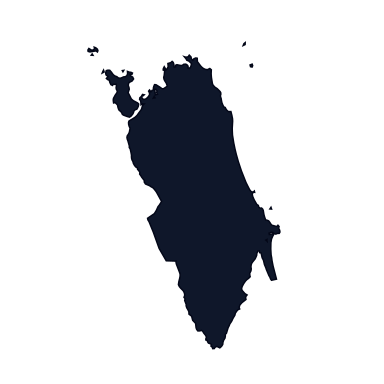 outline of Rio de Janeiro, Rio de Janeiro, Brazil, rotated 261°
{"feature_id": "56859067B69544192053781", "entity_name": "Rio de Janeiro", "entity_type": "district", "adm_level": 2, "iso_a3": "BRA", "parent_name": "Brazil", "parent_adm1": "Rio de Janeiro", "projection": "albers", "projection_center": [-43.389, -22.912], "detail": "fine", "context": "isolated", "style": "filled", "palette": "ink", "viewbox_px": 384, "rotation_deg": 261, "n_neighbors": 0, "source": "geoboundaries", "source_scale": "gbopen_adm2", "svg_char_len": 6091}
<svg xmlns="http://www.w3.org/2000/svg" viewBox="0 0 384 384"><g transform="rotate(261 192 192)"><path d="M245.7,137.0L244.2,137.7L241.0,137.9L237.9,138.0L236.2,137.7L234.6,137.6L233.0,137.8L231.4,138.4L229.4,138.6L227.2,139.4L225.5,140.4L224.6,141.7L222.9,141.8L221.3,142.8L219.6,143.6L217.9,143.1L216.1,144.0L214.2,144.8L210.8,146.7L209.3,146.4L207.2,147.3L204.9,151.0L203.5,152.5L202.5,153.9L200.8,155.1L198.1,156.6L196.6,157.2L187.4,160.5L184.0,157.5L182.9,156.2L179.4,153.9L176.5,151.4L173.0,144.0L171.3,144.1L169.5,144.9L158.5,147.5L141.4,150.7L128.1,155.8L126.7,163.2L126.2,165.5L124.9,165.2L123.2,165.3L114.7,167.1L112.9,167.4L110.8,167.1L108.6,166.3L105.8,165.1L104.3,164.6L102.6,164.1L100.6,164.7L98.9,165.7L96.0,167.8L94.5,168.4L93.0,168.7L91.2,168.7L89.2,167.6L87.7,168.5L86.0,167.8L81.8,168.7L80.5,168.4L78.5,168.7L76.5,169.5L74.3,170.2L71.8,169.9L69.4,172.2L65.2,172.6L61.7,175.0L57.3,174.8L55.6,175.1L53.9,176.0L53.6,177.7L53.8,179.8L52.8,180.8L50.9,181.5L48.5,182.9L46.5,183.6L45.0,182.8L43.7,182.5L43.0,183.8L41.6,184.0L40.2,184.6L39.2,186.4L38.2,187.4L36.9,186.6L35.8,187.6L34.0,188.0L33.9,189.6L35.0,190.4L35.6,192.4L33.7,195.1L34.9,197.0L36.6,198.5L38.8,199.1L40.7,200.1L42.5,201.7L44.5,202.4L46.1,202.6L47.1,203.9L51.0,205.8L52.4,206.5L54.0,207.7L55.9,208.8L57.2,210.1L58.5,211.2L60.5,212.5L62.0,213.7L63.5,215.0L65.6,215.9L67.5,217.7L68.5,218.9L69.0,220.8L70.7,220.5L72.9,221.6L74.9,224.0L77.4,228.5L79.0,228.4L80.3,228.8L81.7,230.3L83.3,228.4L87.1,226.0L88.9,225.9L90.7,226.7L91.8,227.5L93.4,228.7L95.7,230.9L96.9,232.5L97.8,234.3L99.2,236.2L100.8,236.1L102.7,236.3L104.9,237.9L106.8,238.5L108.8,238.5L110.6,239.0L112.1,239.7L113.5,241.0L116.1,243.9L117.9,245.1L119.4,246.0L121.1,246.4L123.4,247.7L123.4,249.2L121.5,249.3L121.0,250.7L116.0,251.0L113.8,251.8L112.2,252.0L109.1,252.2L105.4,253.1L103.9,253.3L101.5,253.9L97.4,254.9L95.7,255.6L93.8,256.0L92.4,256.7L92.7,261.8L106.2,260.5L111.7,260.3L114.6,260.4L117.6,260.3L123.4,260.9L129.6,262.0L133.2,263.2L135.7,264.8L138.1,266.7L137.3,268.2L137.7,269.6L137.5,271.7L138.7,272.6L140.6,272.6L142.6,271.9L144.3,272.6L145.7,271.7L144.7,270.7L145.1,269.2L146.9,265.4L150.0,264.0L151.5,263.2L152.3,261.9L152.9,260.4L154.8,260.0L156.8,259.7L158.7,259.5L162.7,259.5L164.1,259.1L165.3,258.2L165.3,256.8L166.6,255.6L168.4,255.4L169.5,254.1L173.1,252.7L174.8,252.1L177.9,251.3L180.2,251.1L182.3,252.4L183.1,250.5L185.2,249.3L189.5,247.9L193.0,246.8L205.1,244.1L214.8,242.5L222.5,241.6L227.6,241.2L233.9,240.9L241.9,240.9L245.5,241.3L248.6,241.7L255.5,243.2L257.1,243.4L258.5,243.5L259.9,243.4L261.2,243.4L265.4,243.0L265.7,240.6L267.1,239.3L268.7,238.5L270.3,238.0L271.0,236.8L272.9,236.1L275.6,235.5L277.9,235.4L279.9,235.4L281.5,235.1L282.8,235.2L284.1,235.8L285.7,235.9L286.9,235.4L290.1,233.1L292.1,230.9L294.5,229.4L296.1,229.1L302.1,229.1L305.8,229.4L309.7,230.2L311.2,228.9L310.4,226.3L311.2,224.0L312.5,222.3L314.0,221.0L315.4,220.1L320.0,217.7L323.3,218.1L323.8,216.7L323.3,214.7L321.9,213.3L323.5,212.3L325.7,212.1L327.6,210.7L326.1,209.3L326.1,207.0L326.8,205.6L324.6,206.9L322.9,207.5L321.9,209.3L320.1,210.7L318.9,211.6L316.4,210.6L314.7,209.4L315.3,207.3L316.8,207.8L318.0,207.3L319.2,206.0L319.5,204.0L318.5,202.0L318.9,200.1L320.1,197.0L319.7,195.5L318.3,195.5L318.0,194.0L319.4,193.8L321.3,194.0L323.0,193.7L324.1,192.8L323.1,191.3L322.7,188.3L321.1,188.2L319.6,188.1L318.1,187.1L316.6,185.5L316.2,184.0L311.6,182.8L309.7,182.0L307.9,182.0L306.3,182.4L303.6,183.6L300.4,184.2L299.3,181.9L298.5,180.1L298.6,178.7L300.5,176.8L303.6,173.2L303.9,171.8L302.3,170.8L300.5,170.0L299.1,170.8L298.7,168.6L297.4,167.1L299.4,166.0L298.4,164.9L296.6,165.5L294.8,165.3L293.2,164.0L291.9,162.3L291.0,160.6L291.0,158.6L292.1,157.7L294.2,156.8L293.2,155.2L291.6,154.7L290.3,155.5L288.2,155.5L286.2,155.3L287.0,156.8L286.5,158.6L285.3,156.8L281.6,155.0L280.2,153.7L278.4,151.8L276.3,149.8L274.8,147.6L273.3,144.2L272.7,142.6L271.9,140.8L270.6,140.2L268.8,140.0L266.8,140.2L264.6,140.8L260.7,139.4L259.0,138.2L257.7,136.9L256.2,136.3L254.5,136.3L252.5,136.7L247.4,137.3L245.7,137.0ZM299.1,170.8L299.1,172.4L297.1,173.5L296.1,172.5L293.9,173.2L293.7,171.1L295.9,171.0L297.7,171.2L299.1,170.8ZM138.1,266.7L138.1,264.7L137.9,261.7L139.4,261.7L139.9,264.2L139.4,265.7L138.1,266.7ZM290.7,168.4L292.3,169.6L290.8,170.2L290.7,168.4ZM131.4,258.5L132.9,257.3L133.4,258.7L131.4,258.5ZM317.5,125.2L316.2,126.3L315.3,127.8L313.1,128.0L310.7,128.7L309.7,130.2L310.8,130.9L310.4,132.4L310.4,133.9L308.8,134.0L307.1,133.4L305.5,133.3L304.2,133.8L302.5,133.9L301.2,132.8L299.8,131.4L296.8,129.1L295.3,128.6L293.7,128.5L292.2,128.5L292.3,130.1L290.7,131.3L289.4,132.1L287.4,132.1L285.4,132.4L284.0,132.9L282.6,134.3L280.8,135.1L279.5,135.4L278.5,136.6L276.7,139.8L275.7,142.0L276.5,143.7L278.4,145.8L279.6,146.6L281.2,147.4L282.2,148.9L282.4,150.4L283.6,151.4L285.1,152.4L287.2,153.1L288.5,152.2L290.2,149.9L291.5,148.2L293.4,146.6L298.5,145.0L299.9,144.4L301.2,145.0L303.3,146.1L305.2,146.1L307.0,145.7L308.6,146.1L310.0,147.0L311.0,150.2L312.8,152.0L314.8,151.4L316.3,149.4L318.0,149.3L317.5,151.0L318.8,151.8L319.8,150.4L320.1,149.0L321.2,147.1L318.9,146.9L317.0,145.8L316.3,144.1L316.4,142.3L315.8,140.4L315.6,138.8L316.2,137.1L317.7,135.8L318.6,134.1L319.9,132.8L321.2,132.0L322.9,131.2L325.1,129.8L325.5,128.0L325.3,126.3L323.5,125.5L322.2,125.3L320.9,125.5L319.3,127.2L317.5,125.2ZM347.8,116.9L347.7,115.1L349.9,112.6L348.5,111.4L347.1,111.4L346.3,113.1L346.4,119.1L345.1,120.5L346.3,121.2L347.9,120.9L349.5,119.5L350.3,118.1L348.9,118.2L347.8,116.9ZM308.9,271.4L308.4,269.2L306.6,269.4L306.0,270.9L307.3,271.7L308.9,271.4ZM316.2,184.0L318.1,185.0L320.1,184.2L318.4,183.0L317.0,182.6L316.2,184.0ZM330.4,266.5L328.7,265.5L329.3,267.5L331.2,267.9L330.4,266.5ZM294.2,156.8L294.7,158.8L295.5,160.0L296.1,158.4L294.2,156.8ZM326.2,123.7L325.0,122.8L323.6,122.0L324.3,124.0L326.2,123.7ZM164.5,267.6L163.1,266.3L162.7,267.9L164.5,267.6ZM344.0,115.0L342.9,113.9L342.5,115.6L344.0,115.0ZM182.3,252.4L181.9,253.8L183.2,253.7L182.3,252.4ZM322.8,142.2L321.6,142.6L322.8,143.6L322.8,142.2Z" fill="#0f172a" stroke="#020617" stroke-width="1.5"/></g></svg>